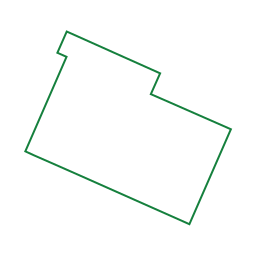 outline of Hettinger, North Dakota, United States of America, rotated 204°
{"feature_id": "52423323B76867023232098", "entity_name": "Hettinger", "entity_type": "district", "adm_level": 2, "iso_a3": "USA", "parent_name": "United States of America", "parent_adm1": "North Dakota", "projection": "mercator", "projection_center": [-102.401, 46.418], "detail": "fine", "context": "isolated", "style": "outline", "palette": "green", "viewbox_px": 256, "rotation_deg": 204, "n_neighbors": 0, "source": "geoboundaries", "source_scale": "gbopen_adm2", "svg_char_len": 302}
<svg xmlns="http://www.w3.org/2000/svg" viewBox="0 0 256 256"><g transform="rotate(204 128 128)"><path d="M32.8,65.1L33.5,168.7L110.6,168.3L120.9,168.2L120.9,191.0L223.2,191.2L223.1,168.0L213.1,168.0L212.3,64.9L203.0,64.8L161.9,65.0L32.8,65.1Z" fill="none" stroke="#15803d" stroke-width="2"/></g></svg>